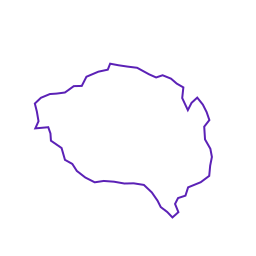 outline of Várzea Paulista, São Paulo, Brazil, rotated 117°
{"feature_id": "56859067B65846864645175", "entity_name": "Várzea Paulista", "entity_type": "district", "adm_level": 2, "iso_a3": "BRA", "parent_name": "Brazil", "parent_adm1": "São Paulo", "projection": "albers", "projection_center": [-46.824, -23.221], "detail": "fine", "context": "isolated", "style": "outline", "palette": "violet", "viewbox_px": 256, "rotation_deg": 117, "n_neighbors": 0, "source": "geoboundaries", "source_scale": "gbopen_adm2", "svg_char_len": 862}
<svg xmlns="http://www.w3.org/2000/svg" viewBox="0 0 256 256"><g transform="rotate(117 128 128)"><path d="M187.5,47.8L180.1,44.9L174.3,51.6L167.7,51.6L162.2,46.1L153.6,47.5L143.3,38.6L133.8,33.9L124.2,37.7L115.7,40.1L109.1,45.2L103.2,54.2L92.2,60.7L84.0,59.1L78.1,65.2L73.2,71.9L69.5,80.1L76.7,82.8L84.9,82.8L76.7,93.3L66.7,97.1L66.3,104.8L64.5,112.1L65.3,121.1L70.2,125.9L70.6,133.5L70.2,147.2L73.5,156.3L76.4,164.9L78.8,173.1L85.2,172.5L91.3,180.0L101.2,188.3L111.5,188.3L115.3,195.3L125.0,200.3L129.8,207.3L133.2,213.0L140.6,219.3L148.5,222.1L154.7,216.7L162.6,210.8L170.4,210.4L163.5,199.4L168.1,194.6L174.3,190.9L176.0,178.1L185.0,169.7L185.3,161.3L189.5,154.1L191.5,143.6L191.5,133.0L186.2,125.6L182.2,116.1L179.1,106.0L174.7,97.8L171.5,88.0L174.6,77.5L179.4,68.6L183.6,62.9L185.0,55.0L187.5,47.8Z" fill="none" stroke="#5b21b6" stroke-width="2"/></g></svg>